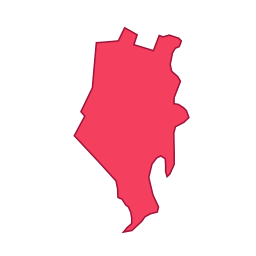 São Valentim do Sul, Rio Grande do Sul, Brazil, rotated 17°
{"feature_id": "56859067B59584339293430", "entity_name": "São Valentim do Sul", "entity_type": "district", "adm_level": 2, "iso_a3": "BRA", "parent_name": "Brazil", "parent_adm1": "Rio Grande do Sul", "projection": "equal_earth", "projection_center": [-51.744, -29.065], "detail": "fine", "context": "isolated", "style": "filled", "palette": "rose", "viewbox_px": 256, "rotation_deg": 17, "n_neighbors": 0, "source": "geoboundaries", "source_scale": "gbopen_adm2", "svg_char_len": 915}
<svg xmlns="http://www.w3.org/2000/svg" viewBox="0 0 256 256"><g transform="rotate(17 128 128)"><path d="M130.8,30.4L129.7,46.6L109.3,46.6L109.5,36.2L95.5,33.1L93.3,47.5L83.1,51.7L72.8,55.7L78.2,81.3L82.2,100.0L78.2,126.2L83.2,129.3L78.9,151.1L109.5,168.7L132.0,182.1L135.7,188.9L138.7,197.4L143.1,197.8L148.3,202.2L151.6,203.5L155.3,207.8L158.0,213.3L159.5,218.3L156.5,223.1L154.0,228.9L161.7,224.9L168.5,213.1L170.1,208.0L174.5,203.5L180.6,199.8L180.3,194.6L175.8,189.6L171.4,184.7L162.3,169.2L161.5,155.4L164.2,148.2L167.5,145.1L172.6,146.5L174.8,152.4L176.8,158.9L179.6,163.1L181.5,159.7L182.8,149.3L180.3,140.9L173.3,119.5L173.0,112.9L179.8,106.2L183.2,100.2L178.8,94.4L175.3,92.4L169.2,90.7L165.0,91.3L163.2,85.6L164.5,68.0L160.5,64.3L153.2,61.0L149.8,54.9L148.6,43.0L149.9,37.9L153.2,35.2L153.6,29.2L150.3,27.3L140.3,27.1L134.9,30.6L130.8,30.4Z" fill="#f43f5e" stroke="#9f1239" stroke-width="1.5"/></g></svg>